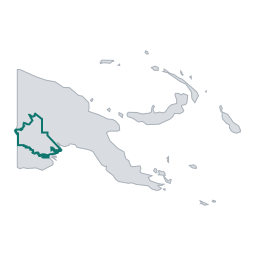 Middle Fly District, Western, Papua New Guinea (highlighted)
{"feature_id": "67681753B64880686677125", "entity_name": "Middle Fly District", "entity_type": "district", "adm_level": 2, "iso_a3": "PNG", "parent_name": "Papua New Guinea", "parent_adm1": "Western", "projection": "mercator", "projection_center": [142.595, -7.022], "detail": "fine", "context": "in_parent", "style": "outline", "palette": "teal", "viewbox_px": 256, "rotation_deg": 0, "n_neighbors": 0, "source": "geoboundaries", "source_scale": "gbopen_adm2", "svg_char_len": 8255}
<svg xmlns="http://www.w3.org/2000/svg" viewBox="0 0 256 256"><path d="M17.3,167.1L17.3,133.8L15.6,131.3L17.3,125.4L17.3,69.5L20.5,69.8L35.7,76.6L46.1,80.2L55.1,81.8L63.4,87.4L69.5,87.7L78.6,95.5L82.3,96.1L88.7,102.6L89.1,107.9L88.4,111.3L98.2,114.5L107.6,119.0L112.7,119.5L115.6,121.1L119.1,125.0L119.7,130.2L117.7,131.1L108.9,131.1L106.4,132.7L110.0,140.9L117.9,148.4L123.9,151.8L125.7,158.6L128.8,160.7L130.7,166.1L133.8,166.7L139.9,165.8L140.9,168.1L140.0,171.5L140.9,172.9L152.0,175.7L148.3,177.5L150.0,180.6L157.3,183.3L161.8,184.3L164.5,184.0L161.3,185.6L158.5,185.1L158.0,185.6L159.1,186.9L161.5,188.3L159.0,190.1L156.6,190.4L152.1,189.2L148.2,185.8L136.0,184.3L131.8,182.8L128.4,183.3L118.6,181.5L115.4,179.1L113.2,175.5L107.4,171.2L106.0,169.1L106.6,166.2L105.0,166.7L101.6,164.6L92.7,151.4L88.2,149.6L76.9,147.3L75.3,144.7L70.0,143.8L68.8,145.4L64.5,146.6L60.9,145.4L57.3,142.1L61.5,149.4L60.0,149.4L60.7,150.5L59.9,150.7L55.2,150.3L56.6,153.3L48.9,155.0L43.2,154.4L40.4,155.1L39.3,155.0L37.8,152.8L35.7,153.2L37.4,153.3L39.7,155.8L44.5,155.5L49.2,157.4L53.1,161.8L53.0,164.7L42.2,170.3L36.0,167.9L27.0,168.5L23.7,167.6L19.7,168.7L17.3,167.1ZM179.0,93.5L181.2,95.0L183.4,93.5L187.7,95.4L186.9,102.6L185.5,104.6L181.8,105.3L181.4,106.4L183.8,110.6L182.8,112.1L179.6,113.7L174.4,113.5L173.0,116.4L170.2,119.0L158.9,124.2L146.7,124.6L142.6,121.4L138.4,122.0L132.7,118.2L128.0,116.7L127.1,115.3L127.2,113.4L128.5,112.3L136.9,112.5L142.3,114.0L149.3,113.1L151.3,112.0L152.0,107.3L153.2,105.4L154.4,106.3L152.9,109.9L154.6,113.1L159.6,112.1L162.8,112.9L165.3,111.9L168.8,106.9L171.6,104.7L176.7,103.5L176.7,99.8L174.9,94.8L175.6,93.3L179.0,93.5ZM240.6,130.5L240.0,132.2L239.7,131.7L237.1,133.2L234.1,132.7L231.5,131.1L229.5,128.1L229.4,124.8L226.5,123.4L222.8,119.2L222.0,116.4L222.3,111.9L227.8,114.5L233.3,122.4L238.6,125.9L240.6,130.5ZM198.5,95.6L194.9,102.7L192.7,99.8L191.8,97.8L191.6,92.3L185.8,84.1L179.9,81.3L167.7,72.8L163.0,71.5L164.2,71.1L164.1,69.0L170.1,73.4L173.8,74.5L178.8,77.9L182.1,79.1L196.8,91.9L198.5,95.6ZM102.0,60.1L113.4,60.4L113.7,61.3L112.1,61.4L110.2,63.2L103.4,62.7L100.4,63.6L100.2,62.3L101.3,62.0L101.1,60.7L102.0,60.1ZM159.7,170.6L161.8,171.8L163.6,171.6L164.9,173.1L165.2,175.4L164.4,176.0L163.9,175.2L158.3,174.8L159.4,173.4L158.4,170.8L159.7,170.6ZM158.3,70.3L154.3,70.3L151.3,67.5L155.2,66.2L158.2,67.5L158.3,70.3ZM168.0,180.8L170.6,179.3L171.2,179.8L170.2,183.4L166.1,181.9L163.4,176.0L168.0,180.8ZM189.3,165.5L193.7,164.8L195.9,166.4L196.5,167.0L196.1,168.5L192.4,167.9L189.3,165.5ZM199.6,200.5L207.9,204.5L204.8,205.2L202.2,204.1L201.9,203.1L200.8,203.5L201.4,202.8L199.6,200.5ZM122.4,117.6L118.8,114.6L119.0,112.6L122.8,114.4L122.4,117.6ZM157.0,172.8L155.9,172.9L153.5,170.8L154.9,168.5L156.6,169.3L157.0,172.8ZM221.1,111.7L219.5,106.9L220.9,105.5L222.3,108.5L221.1,111.7ZM109.7,111.7L107.2,109.8L109.1,108.1L110.2,109.0L109.7,111.7ZM148.3,53.8L146.9,54.1L145.1,52.6L145.6,50.8L147.7,52.0L148.3,53.8ZM93.0,99.9L91.5,101.6L90.5,100.3L92.2,98.4L93.0,99.9ZM168.5,156.6L168.6,162.4L167.4,161.2L168.0,158.8L166.8,158.2L168.5,156.6ZM54.1,158.1L56.6,160.5L50.6,156.6L54.1,158.1ZM56.2,157.5L53.0,156.5L52.3,155.8L56.2,156.2L56.2,157.5ZM215.6,201.1L215.4,201.9L213.3,202.1L211.8,200.9L213.2,201.2L213.0,200.3L215.6,201.1ZM191.2,76.0L191.3,78.7L189.7,76.8L191.2,76.0ZM183.1,74.6L182.5,75.3L181.0,73.4L181.3,73.1L183.1,74.6ZM165.2,189.0L165.0,190.2L163.5,189.6L163.8,188.8L165.2,189.0ZM181.8,72.5L180.7,72.8L180.8,71.0L181.8,72.5ZM119.6,64.1L119.7,65.5L118.1,65.2L119.6,64.1ZM206.4,90.9L206.2,92.1L205.4,91.7L206.4,90.9Z" fill="#d9dde1" stroke="#a8b0b8" stroke-width="1"/><path d="M47.5,132.5L42.0,132.5L42.0,118.9L41.6,118.7L41.2,118.4L40.8,118.3L40.7,118.1L40.5,117.9L35.2,113.7L34.9,114.1L35.0,114.2L34.9,114.5L35.1,114.6L34.9,114.9L34.9,115.0L34.7,115.1L34.6,115.9L32.5,116.7L31.4,116.2L31.1,116.0L30.9,116.1L30.6,115.9L30.9,115.7L30.7,115.5L30.0,115.2L29.8,115.1L29.7,115.1L29.6,114.9L29.4,114.9L32.4,120.5L29.3,124.3L27.8,124.3L26.5,124.0L25.8,123.4L24.7,123.1L24.2,123.0L23.9,122.9L23.7,123.5L23.5,124.7L23.5,125.0L23.9,125.5L23.8,126.0L23.7,126.2L23.6,126.3L23.3,126.6L23.2,126.8L23.3,126.8L23.2,126.9L23.3,127.2L23.1,127.4L22.8,127.5L22.7,127.6L22.7,127.9L22.6,128.0L22.4,128.0L22.1,128.3L22.1,128.5L21.9,128.6L21.7,128.7L21.8,128.9L21.7,128.9L21.8,129.0L21.6,129.1L21.6,129.4L21.5,129.5L21.5,129.8L21.3,130.0L21.2,130.1L20.9,130.0L20.9,129.6L15.8,129.6L15.5,129.9L15.8,130.0L15.6,130.1L15.7,130.3L15.4,130.4L15.5,130.8L15.4,131.0L15.9,131.2L16.0,131.5L15.9,131.7L15.9,131.9L15.7,132.1L16.0,132.4L16.3,132.3L16.5,132.5L16.3,132.8L16.2,132.8L16.3,133.1L16.4,133.3L16.8,133.3L16.9,133.1L17.0,133.1L16.8,133.6L17.0,133.9L17.2,133.6L17.6,133.8L17.7,133.6L18.0,133.6L18.0,145.1L23.8,145.1L24.0,145.3L24.1,145.6L24.0,146.0L24.5,146.0L25.1,145.9L25.3,146.4L25.4,146.6L25.7,146.7L25.9,146.7L26.1,146.4L26.3,146.4L26.2,146.8L25.6,147.0L25.6,147.3L25.9,147.5L26.0,147.5L26.3,147.5L26.2,147.3L25.9,147.3L26.0,147.0L26.1,146.9L27.3,147.1L27.6,147.6L27.8,147.5L27.7,147.3L27.8,147.2L28.8,147.4L29.0,147.4L29.1,147.7L29.7,147.5L29.9,147.8L30.2,149.2L30.2,149.3L30.3,149.3L30.4,148.9L30.6,148.8L30.9,148.9L30.7,149.7L31.0,149.7L31.4,149.7L31.6,149.9L31.9,150.0L32.3,150.1L32.9,150.0L33.0,150.1L33.0,150.6L33.3,151.2L33.3,151.5L32.7,151.9L32.4,152.5L32.7,152.8L33.2,153.2L33.7,153.3L33.8,153.3L34.2,153.3L34.7,153.6L34.9,153.6L35.2,153.4L35.6,153.0L36.2,152.6L36.4,152.6L37.0,152.7L37.4,152.6L37.7,152.5L37.8,152.6L38.0,152.7L38.4,152.9L38.6,153.1L38.7,153.5L38.8,154.5L38.9,154.8L39.3,155.0L40.3,155.2L41.3,154.6L41.6,154.5L41.9,154.5L42.2,154.3L42.6,154.3L43.9,154.4L44.0,154.3L44.4,154.3L44.8,154.6L45.6,154.6L45.9,154.8L46.4,155.0L46.5,155.2L47.1,155.3L47.3,155.3L48.4,154.9L49.5,154.6L50.2,154.2L52.1,154.2L52.5,154.0L53.5,153.9L53.5,153.7L55.5,153.7L56.1,153.0L56.6,153.0L56.6,152.7L56.3,152.6L55.8,152.1L55.4,151.8L54.5,151.5L54.3,151.3L54.2,150.7L53.7,150.6L53.5,150.3L53.3,150.1L53.5,150.0L53.5,149.9L53.2,149.6L53.2,149.3L53.1,149.2L52.9,149.2L52.9,149.7L52.6,150.0L52.9,149.6L52.8,149.1L52.7,148.7L52.6,148.1L52.5,147.9L52.4,147.9L52.4,148.2L52.2,148.5L51.8,148.5L51.7,148.7L52.0,149.0L52.2,149.7L51.9,149.6L51.7,149.8L51.5,149.7L51.5,149.4L51.4,149.5L51.2,149.6L51.1,149.8L51.0,149.7L51.1,149.8L51.2,149.6L51.4,149.5L51.5,149.4L51.6,149.5L51.6,149.8L51.7,149.7L51.8,149.6L52.1,149.7L52.0,149.1L51.7,148.8L51.7,148.7L51.8,148.6L51.4,148.6L51.2,147.7L51.3,147.2L51.5,147.2L51.4,147.2L51.4,147.4L51.3,147.8L51.3,148.4L52.0,148.4L52.2,148.2L52.2,147.9L52.3,147.8L52.4,147.7L52.6,147.7L52.8,148.1L52.9,148.8L53.3,149.0L53.8,148.8L54.0,148.9L54.3,149.3L54.4,150.0L54.6,150.2L54.8,150.3L55.7,150.4L55.9,150.3L56.1,150.1L56.7,150.1L57.7,150.5L58.4,150.9L59.6,151.0L60.4,151.0L60.5,150.8L60.6,150.5L60.3,150.2L60.2,149.7L59.5,149.7L59.3,149.5L59.1,149.3L59.0,149.2L59.1,148.9L59.1,148.6L58.9,148.6L58.7,148.6L59.0,148.5L59.2,148.8L59.1,149.3L59.4,149.4L59.6,149.6L60.0,149.5L60.6,150.1L60.8,150.2L61.1,150.4L61.3,150.1L47.5,135.5L47.5,132.5ZM48.4,156.9L47.5,156.8L46.8,156.6L46.4,156.6L45.4,155.9L44.4,155.5L44.2,155.1L43.9,155.0L43.5,155.0L43.0,155.2L42.8,155.5L43.1,155.7L43.1,155.8L43.2,156.0L43.3,156.2L43.2,156.2L43.1,156.3L42.9,156.3L43.1,156.4L43.1,156.6L42.8,156.6L42.7,156.8L42.8,156.8L42.9,157.0L42.8,157.4L43.0,157.5L48.4,157.5L48.4,156.9ZM54.5,150.5L54.1,150.1L53.9,149.2L53.6,149.2L53.3,149.2L53.2,149.6L53.5,149.7L53.6,149.9L53.5,150.0L53.4,150.1L53.6,150.3L53.7,150.5L54.1,150.5L54.3,150.8L54.5,151.3L54.9,151.5L55.3,151.6L55.9,151.9L56.0,151.9L55.7,151.4L55.5,150.8L54.5,150.5ZM57.9,151.4L57.3,150.8L56.6,150.5L56.3,150.4L56.0,150.6L55.5,150.7L56.1,151.5L56.4,151.5L57.2,151.4L57.9,151.8L58.1,151.7L57.9,151.4ZM57.2,151.7L56.2,151.7L56.1,151.8L56.2,152.1L56.3,152.2L57.1,152.9L57.8,152.6L57.8,152.2L57.2,151.7ZM43.3,155.0L42.7,154.9L42.0,154.9L41.0,155.3L40.4,155.7L40.0,155.8L39.3,155.8L38.7,155.3L38.9,155.7L39.4,156.0L39.9,156.0L40.4,155.9L40.7,155.7L40.9,155.7L41.7,155.2L42.2,155.0L42.8,154.9L43.3,155.0ZM48.7,156.0L47.7,156.1L47.1,156.0L47.2,156.3L47.7,156.4L48.5,156.3L48.7,156.2L48.7,156.0ZM39.6,155.3L39.1,155.2L39.2,155.3L39.4,155.4L39.6,155.3ZM36.5,152.8L36.6,152.7L36.4,152.7L36.2,152.8L36.5,152.8ZM46.4,156.3L46.5,156.2L46.3,156.2L46.4,156.3Z" fill="none" stroke="#0f766e" stroke-width="2"/></svg>